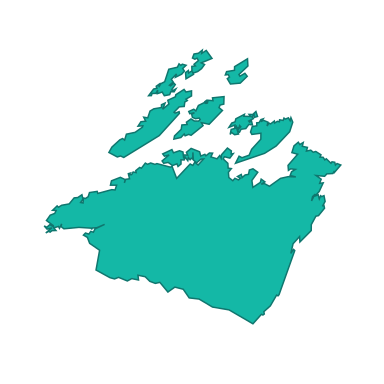 outline of Fitjar nor, Hordaland, Norway, rotated 82°
{"feature_id": "86288312B29955336638723", "entity_name": "Fitjar nor", "entity_type": "district", "adm_level": 2, "iso_a3": "NOR", "parent_name": "Norway", "parent_adm1": "Hordaland", "projection": "orthographic", "projection_center": [5.282, 59.896], "detail": "fine", "context": "isolated", "style": "filled", "palette": "teal", "viewbox_px": 384, "rotation_deg": 82, "n_neighbors": 0, "source": "geoboundaries", "source_scale": "gbopen_adm2", "svg_char_len": 5998}
<svg xmlns="http://www.w3.org/2000/svg" viewBox="0 0 384 384"><g transform="rotate(82 192 192)"><path d="M331.0,150.0L322.8,140.3L323.7,138.9L322.9,137.4L320.5,137.5L315.7,130.3L305.9,122.6L306.8,121.3L305.8,120.1L264.3,98.4L263.0,99.4L266.6,102.7L257.3,99.1L251.1,91.7L256.5,92.1L246.8,79.3L240.9,78.4L233.2,72.7L233.0,70.0L226.5,63.0L222.8,63.3L224.4,64.9L219.9,61.5L214.0,61.8L214.6,64.2L213.6,65.1L216.5,66.9L212.4,67.4L213.1,70.8L212.1,71.1L217.5,74.9L213.3,73.2L212.0,71.3L211.6,68.8L209.1,65.9L201.2,60.8L201.2,64.4L197.3,62.3L192.9,66.9L194.9,58.5L192.8,55.9L193.3,50.0L191.0,48.0L193.2,49.1L186.0,40.9L184.0,44.4L185.3,46.2L182.4,46.5L181.6,49.2L182.9,50.4L177.8,54.4L178.7,56.0L175.9,57.3L175.3,60.4L173.1,59.1L169.1,63.8L169.5,66.4L167.1,68.6L167.4,73.0L163.9,71.5L162.1,76.4L158.5,75.0L160.0,78.7L157.5,79.8L160.5,84.6L166.9,87.6L169.3,82.1L179.0,93.2L184.0,93.5L182.8,91.1L184.0,86.5L185.8,90.6L189.3,92.5L191.5,87.1L190.2,94.6L190.8,102.4L197.1,114.5L193.7,119.2L193.9,122.4L192.1,118.4L188.9,121.7L192.0,123.0L195.9,131.1L188.9,131.1L181.6,124.1L177.5,128.4L178.2,132.1L182.4,133.6L182.5,137.0L184.7,140.3L181.5,140.8L183.0,144.8L185.1,142.2L186.5,144.3L184.4,147.6L186.5,150.0L182.8,153.5L177.5,153.2L174.3,149.8L173.4,152.9L168.6,152.5L163.6,156.5L161.6,155.0L163.7,149.8L159.7,145.8L159.8,148.0L156.8,147.3L153.4,150.8L159.2,157.6L162.6,158.4L159.8,159.5L162.6,162.6L159.9,168.4L156.4,166.2L155.8,169.3L158.1,173.2L156.5,174.0L157.6,178.3L153.2,178.9L148.7,186.8L151.9,192.0L154.9,191.2L154.1,195.2L156.7,195.2L156.8,195.5L151.1,195.4L149.4,198.6L150.6,204.9L147.2,206.0L150.2,215.7L152.7,214.3L152.1,209.5L157.1,217.3L159.6,216.0L159.4,211.5L163.1,207.6L162.0,203.0L164.8,202.3L162.8,199.0L158.6,198.4L159.2,195.3L156.6,193.9L160.4,191.8L157.3,190.8L159.8,189.4L158.5,188.0L159.6,186.7L152.9,185.6L160.5,186.2L163.7,183.3L160.7,178.5L160.9,175.9L166.1,182.2L162.9,185.1L165.8,187.5L164.0,189.9L176.4,205.3L163.8,208.2L164.4,209.9L159.0,222.8L159.5,224.8L157.5,228.9L158.4,232.1L156.9,234.2L161.4,238.8L160.4,240.4L163.0,244.7L165.0,244.6L164.0,247.5L166.4,249.4L166.2,251.8L164.7,250.5L165.0,252.5L170.2,252.0L170.2,255.9L173.6,257.7L170.4,256.5L167.5,260.9L169.7,270.2L173.9,271.8L174.8,265.7L179.3,267.9L178.5,271.1L180.3,285.5L178.2,285.8L178.3,293.6L182.2,295.5L183.6,298.4L182.8,300.3L187.7,301.4L186.9,303.8L183.9,301.0L179.4,301.4L181.6,305.9L181.4,309.5L186.7,315.3L187.0,322.9L188.5,326.4L187.0,327.5L190.7,332.6L191.4,329.1L194.1,330.9L195.2,335.6L200.0,340.1L206.0,334.0L207.1,334.0L204.6,337.4L206.7,340.7L205.0,343.1L208.6,340.7L208.0,335.7L212.2,342.5L211.0,339.3L212.0,338.1L210.8,336.1L211.2,332.1L208.3,333.9L207.5,329.0L209.5,328.3L205.4,325.5L208.0,326.5L210.6,324.0L211.3,308.9L213.9,296.2L215.2,296.8L213.8,295.7L214.1,291.2L211.9,283.0L215.1,293.2L218.1,295.3L216.9,297.7L219.3,300.0L217.8,303.2L219.6,305.5L222.4,301.9L228.6,300.5L236.8,291.6L255.9,297.9L265.4,285.2L267.3,280.8L266.3,276.6L271.1,268.4L269.4,263.7L271.7,257.2L266.9,257.1L269.4,250.1L274.6,246.2L277.4,241.0L277.0,236.4L287.7,229.8L283.8,222.2L287.1,214.2L296.5,209.5L299.0,199.9L308.8,187.7L313.9,171.7L331.0,150.0ZM96.8,179.1L91.8,178.4L92.1,184.1L89.3,185.6L93.4,194.5L95.4,195.2L97.8,203.2L101.7,202.7L106.0,209.6L100.2,206.3L101.3,210.1L104.1,210.5L104.3,218.2L106.0,222.3L112.4,225.5L111.2,229.4L115.4,228.0L115.3,232.8L119.3,236.3L119.6,231.5L120.9,232.1L125.0,240.0L125.6,248.9L131.2,251.5L129.4,253.3L130.3,256.2L136.4,265.1L141.3,268.8L146.9,261.1L146.4,257.7L148.3,254.8L131.6,216.6L112.4,193.5L110.7,193.6L111.5,197.7L110.5,198.7L105.9,192.8L106.2,187.8L101.9,186.6L100.8,183.9L99.2,185.1L96.8,179.1ZM136.9,82.5L132.2,83.7L135.0,84.9L132.0,86.2L132.8,89.5L131.6,90.6L133.8,91.8L132.7,95.2L134.6,95.7L133.9,97.6L135.2,100.6L133.2,100.6L135.5,104.7L134.5,106.1L137.1,108.5L133.4,107.1L131.0,111.2L131.9,114.0L129.5,111.5L129.9,113.7L132.6,115.9L132.5,118.3L135.4,118.6L135.7,123.3L140.8,125.7L143.3,124.7L143.4,115.6L149.3,116.5L158.0,127.0L163.5,130.3L165.0,137.7L163.1,140.4L169.6,144.9L163.8,114.7L158.2,102.3L145.9,86.9L136.9,82.5ZM109.4,148.3L102.0,147.0L101.6,158.6L104.5,158.5L103.1,164.5L104.4,166.8L105.6,166.5L104.6,163.8L106.1,164.4L106.2,165.9L105.2,167.5L107.2,173.6L112.2,176.9L110.3,178.7L111.8,184.0L114.2,183.3L113.8,178.5L115.0,181.5L118.1,181.2L119.9,178.4L119.8,174.6L121.4,173.8L122.7,175.6L122.0,179.8L119.5,182.8L122.1,187.8L124.5,187.4L124.2,192.7L128.5,194.0L134.0,201.5L137.1,202.6L136.5,195.4L133.5,191.7L135.4,191.0L134.5,187.3L135.7,185.0L127.8,171.8L124.6,173.1L127.3,165.6L115.5,150.5L112.2,153.5L109.8,152.1L109.4,148.3ZM65.7,180.2L64.1,183.8L65.1,185.4L63.3,187.0L66.4,189.1L67.2,197.9L79.0,203.7L80.5,208.0L83.6,210.2L80.5,209.2L82.3,212.7L84.4,212.3L84.7,215.7L90.6,221.6L90.9,218.8L88.9,217.8L89.3,214.0L86.3,211.8L89.8,212.6L88.9,207.6L92.8,206.0L92.5,200.6L89.7,199.0L90.3,195.8L87.7,193.7L88.9,196.9L88.0,198.0L83.3,193.6L81.8,194.7L83.9,198.4L83.1,199.5L80.5,195.3L77.5,196.8L72.9,190.9L76.1,192.4L73.9,185.8L71.2,182.7L68.4,184.0L65.7,180.2ZM75.0,119.1L67.8,118.5L73.8,132.4L77.4,133.0L77.6,141.0L80.7,142.7L80.8,139.8L83.4,138.9L84.7,141.3L90.4,138.9L90.9,129.1L85.1,121.2L81.8,123.1L84.0,128.4L82.2,129.2L75.0,119.1ZM126.3,116.6L121.2,117.5L123.7,121.1L123.1,124.7L125.4,123.4L124.2,130.1L122.4,129.3L125.6,138.4L128.5,139.6L129.2,143.0L133.1,146.4L131.7,140.2L134.4,140.7L133.0,139.0L134.8,138.4L134.8,136.4L132.8,135.6L134.2,134.6L136.6,137.5L134.8,139.2L135.5,144.5L140.3,146.2L138.5,144.6L141.2,141.8L141.1,137.9L137.5,138.5L139.4,136.6L136.7,134.7L136.7,129.9L133.0,126.3L134.0,122.8L129.9,123.2L130.8,125.3L129.6,126.0L127.9,121.1L125.9,122.2L124.3,119.8L126.8,120.0L126.3,116.6ZM62.5,153.6L53.8,158.2L56.1,163.1L53.0,162.1L55.5,166.3L55.6,170.8L59.4,172.9L60.9,170.7L60.2,168.4L62.7,167.3L65.8,172.2L67.6,171.1L67.6,174.7L72.0,175.2L73.7,178.8L71.2,178.7L72.9,181.8L79.1,182.2L75.7,174.1L73.4,174.8L74.3,173.5L73.5,169.6L71.2,165.4L67.5,161.8L65.4,164.9L62.5,153.6Z" fill="#14b8a6" stroke="#0f766e" stroke-width="1.5"/></g></svg>